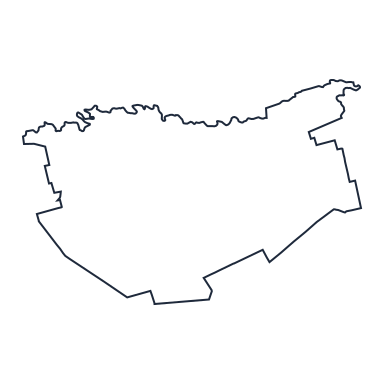 Sanmihaiu Roman, Timis, Romania
{"feature_id": "2599482B8747692698997", "entity_name": "Sanmihaiu Roman", "entity_type": "district", "adm_level": 2, "iso_a3": "ROU", "parent_name": "Romania", "parent_adm1": "Timis", "projection": "robinson", "projection_center": [21.074, 45.699], "detail": "fine", "context": "isolated", "style": "outline", "palette": "slate", "viewbox_px": 384, "rotation_deg": 0, "n_neighbors": 0, "source": "geoboundaries", "source_scale": "gbopen_adm2", "svg_char_len": 5859}
<svg xmlns="http://www.w3.org/2000/svg" viewBox="0 0 384 384"><path d="M269.5,262.1L281.1,252.6L286.7,247.7L293.7,241.6L305.6,231.8L316.6,222.1L333.8,209.3L334.7,209.3L336.0,209.7L338.2,210.0L343.3,212.0L345.0,212.5L346.4,211.3L351.6,210.3L361.0,208.1L355.1,180.6L349.7,181.9L348.8,178.5L347.9,173.8L345.1,161.9L344.5,158.1L343.6,154.7L343.4,153.6L342.4,148.8L342.1,148.6L341.1,148.6L337.4,149.4L334.7,140.3L316.5,145.1L314.3,137.8L310.9,138.8L308.8,132.0L341.7,117.9L341.0,116.5L340.9,115.8L341.1,115.3L341.6,114.4L344.2,111.0L344.3,110.6L344.0,109.5L343.8,107.4L342.9,106.1L342.6,106.0L341.3,104.3L341.1,103.9L341.1,102.8L340.9,102.3L340.3,101.8L339.2,101.5L338.2,100.9L336.9,99.2L336.7,98.7L336.6,98.1L336.7,97.1L336.8,96.9L337.4,96.3L338.2,96.0L339.3,95.3L341.1,95.4L342.4,95.2L343.2,95.5L343.8,95.3L344.0,95.2L344.1,94.8L343.5,93.4L343.6,90.3L343.7,89.9L344.0,89.3L345.5,88.0L347.2,87.8L348.7,88.1L349.9,87.9L350.2,87.9L353.7,89.6L356.0,90.4L357.5,89.7L359.9,87.7L360.0,87.4L360.0,87.0L359.7,86.4L359.3,85.9L358.2,85.3L357.4,86.1L356.6,86.3L355.3,86.3L354.4,85.9L353.9,85.1L353.3,82.3L352.3,82.3L351.2,82.0L350.0,82.0L348.0,82.1L346.7,82.3L345.9,82.2L341.9,80.5L340.8,80.3L339.4,80.4L337.9,81.2L337.3,81.2L335.6,81.0L334.4,80.3L333.4,80.0L331.3,80.0L330.7,80.1L330.0,80.5L329.8,81.3L329.8,81.8L330.2,83.0L330.1,83.4L327.4,84.0L324.7,85.2L324.0,85.7L323.0,87.1L321.8,87.0L319.1,86.1L318.6,86.1L310.6,88.5L301.8,90.8L301.5,91.3L300.6,91.9L299.1,92.2L297.7,93.0L295.9,93.4L295.3,93.7L295.1,94.2L295.3,96.0L295.3,96.5L294.8,96.8L292.9,97.1L292.4,97.6L289.2,100.1L289.0,100.4L288.7,100.6L287.4,100.9L283.8,100.8L282.9,101.0L282.2,101.3L281.5,101.8L280.0,103.2L279.1,103.7L266.0,108.2L266.6,117.9L265.4,117.8L263.3,118.6L262.1,118.6L260.3,118.1L259.1,117.5L258.5,117.3L257.3,117.6L253.5,118.9L251.5,119.0L248.7,118.3L248.1,118.4L247.7,118.8L247.2,119.3L246.6,120.3L246.1,120.8L243.7,121.6L242.9,122.4L242.1,122.6L240.6,122.2L239.2,121.6L238.7,121.2L238.3,120.7L238.1,119.6L237.3,118.6L236.1,117.6L234.5,117.0L233.1,117.2L231.7,118.2L231.4,118.9L231.3,119.9L229.7,123.0L228.8,124.0L227.9,124.7L226.4,125.2L225.9,125.1L224.5,124.1L221.8,121.9L218.0,121.1L217.3,121.1L217.0,121.4L217.0,121.5L217.3,122.4L217.5,123.3L217.5,123.7L217.2,124.7L215.9,125.9L214.4,126.3L212.1,126.1L207.7,126.1L206.9,125.7L204.3,122.9L203.8,122.1L203.2,121.8L200.9,122.3L199.4,122.9L197.8,122.8L196.3,122.4L195.7,122.8L195.1,123.6L194.2,124.0L194.0,123.9L192.2,122.3L190.6,121.8L187.4,123.6L185.8,123.6L183.8,123.3L183.6,123.2L183.3,122.7L182.9,121.4L182.1,119.3L181.0,118.4L180.4,117.5L179.5,116.7L178.8,115.8L178.1,115.3L177.3,115.1L175.8,115.1L175.6,115.5L175.0,115.7L172.3,114.8L170.8,114.8L169.6,115.0L168.8,115.4L166.3,116.0L165.2,116.7L164.9,117.1L164.6,117.9L165.2,119.6L165.2,120.3L164.8,120.7L164.1,120.9L163.1,120.7L162.8,120.5L161.8,119.0L161.8,118.0L161.9,116.4L161.9,114.8L161.3,113.5L159.9,112.3L158.9,110.7L158.7,110.2L158.4,108.9L158.4,108.1L158.0,107.0L157.3,106.2L157.2,105.9L154.7,105.3L154.2,105.2L153.9,105.4L153.7,105.8L153.6,106.4L153.6,108.0L153.5,108.3L153.0,108.7L152.0,109.1L150.9,108.8L149.3,107.9L147.6,106.7L146.0,106.2L145.4,106.2L145.3,106.3L145.0,106.9L144.9,108.7L144.4,109.2L143.9,108.9L143.7,108.7L142.9,106.9L142.4,106.2L141.8,105.7L141.4,105.6L138.6,105.0L137.2,104.9L133.5,105.6L132.7,105.9L132.5,106.1L132.6,106.6L133.5,107.8L136.3,110.7L136.8,111.5L136.8,112.0L136.3,112.9L135.6,113.5L134.9,113.7L133.7,113.6L132.2,113.2L130.6,113.2L128.7,112.8L127.9,112.8L127.0,112.2L126.0,111.1L125.3,110.3L124.5,108.9L123.3,107.7L123.0,107.6L122.0,107.8L120.5,108.4L119.4,108.1L117.1,108.6L116.1,108.7L115.2,108.5L114.1,108.2L112.6,108.5L112.4,108.6L111.6,109.6L110.6,110.7L110.6,111.6L110.4,112.2L110.1,112.4L109.4,112.6L108.9,112.5L106.7,111.7L105.8,111.6L102.6,111.9L100.0,111.1L98.7,110.1L96.9,109.2L96.8,108.8L97.1,107.6L97.2,106.7L96.8,106.2L96.2,105.8L95.1,105.7L94.6,105.8L93.8,106.9L92.9,107.8L92.3,108.5L91.5,109.3L91.2,109.4L89.2,109.8L88.1,109.8L85.7,109.5L84.6,109.7L84.5,109.9L84.6,110.5L85.1,111.1L88.1,112.4L89.9,113.7L90.0,114.2L89.9,115.0L89.9,116.0L90.0,116.5L90.1,116.8L90.9,117.0L92.7,116.9L93.3,117.0L93.8,117.8L93.8,118.3L93.6,118.8L93.3,118.9L92.2,119.0L88.9,118.5L85.5,119.0L84.7,118.8L84.3,118.5L83.1,116.8L81.9,114.7L78.4,112.5L77.6,112.6L77.2,113.2L77.0,113.8L76.9,115.0L77.2,115.9L77.5,116.3L78.9,117.3L80.9,118.3L82.2,119.2L83.0,120.0L83.7,120.9L85.0,122.1L87.5,123.2L89.7,123.8L89.9,124.1L89.8,124.7L89.6,124.9L86.0,126.7L85.0,127.4L84.5,128.3L83.9,130.3L83.3,131.0L82.7,131.1L82.0,131.1L80.8,130.3L79.8,130.0L79.5,129.5L78.3,125.0L77.4,123.2L77.0,122.9L76.7,122.7L75.9,122.6L73.8,122.6L73.4,122.4L70.8,122.9L68.5,122.9L67.3,122.6L65.9,122.0L65.2,122.1L64.6,122.9L64.6,124.7L64.4,125.4L64.1,125.8L62.1,127.0L61.5,127.6L61.1,128.6L61.0,129.0L61.1,129.9L60.9,130.4L59.8,131.0L58.1,130.8L56.3,131.2L55.8,130.9L55.6,130.6L55.6,130.2L55.7,129.4L55.7,128.8L55.6,128.5L53.0,125.0L52.7,124.7L51.7,124.2L51.0,124.1L47.8,123.9L46.9,123.4L45.9,122.6L45.0,122.2L44.8,122.2L44.6,122.4L44.6,123.3L44.7,124.7L44.6,125.3L44.3,125.7L43.9,126.0L42.9,126.3L42.5,126.5L40.8,126.5L40.0,126.8L39.2,127.3L39.0,127.5L38.8,128.2L38.5,130.3L38.2,130.8L36.8,132.5L35.9,132.4L35.6,132.2L33.7,130.6L33.3,130.3L32.5,130.2L28.9,130.9L26.7,131.2L26.2,131.5L26.0,134.0L25.8,134.8L25.4,135.3L24.9,135.7L23.0,136.5L24.0,144.0L34.0,143.8L45.2,146.6L49.3,165.0L44.8,165.9L49.0,183.5L51.4,183.0L54.3,192.8L60.8,191.6L60.5,194.6L60.2,196.8L59.7,198.0L57.6,200.4L60.0,200.0L61.8,207.0L61.5,207.3L57.7,208.2L36.9,214.0L38.8,220.8L38.8,221.3L56.8,244.8L60.1,248.8L63.1,253.2L65.3,255.9L69.8,259.0L103.2,281.1L127.2,297.4L150.4,290.9L151.9,295.1L154.4,302.9L154.5,304.0L209.0,299.5L211.8,291.3L211.6,290.1L203.7,277.9L210.5,274.6L215.1,272.5L219.3,270.4L233.6,263.5L234.0,263.5L262.7,249.8L266.8,257.5L269.5,262.1Z" fill="none" stroke="#1e293b" stroke-width="2"/></svg>